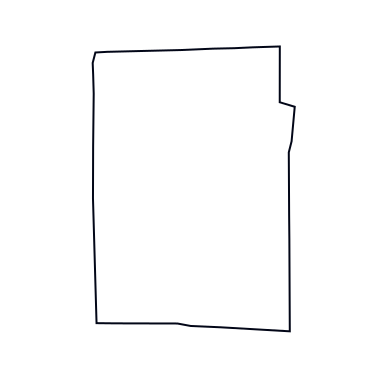 Dois Irmãos, Rio Grande do Sul, Brazil, rotated 171°
{"feature_id": "56859067B39393866453324", "entity_name": "Dois Irmãos", "entity_type": "district", "adm_level": 2, "iso_a3": "BRA", "parent_name": "Brazil", "parent_adm1": "Rio Grande do Sul", "projection": "albers", "projection_center": [-51.091, -29.598], "detail": "fine", "context": "isolated", "style": "outline", "palette": "ink", "viewbox_px": 384, "rotation_deg": 171, "n_neighbors": 0, "source": "geoboundaries", "source_scale": "gbopen_adm2", "svg_char_len": 454}
<svg xmlns="http://www.w3.org/2000/svg" viewBox="0 0 384 384"><g transform="rotate(171 192 192)"><path d="M282.5,252.6L290.8,201.2L306.8,77.4L288.5,74.3L227.0,64.4L214.3,59.9L184.9,53.9L117.2,39.1L103.2,130.3L99.8,153.2L90.2,216.0L85.7,226.5L77.2,260.1L91.3,266.9L82.5,322.0L109.5,325.4L127.6,327.4L148.9,330.3L179.6,333.8L253.8,343.7L265.6,344.9L269.9,335.0L271.2,323.9L273.7,304.5L282.5,252.6Z" fill="none" stroke="#020617" stroke-width="2"/></g></svg>